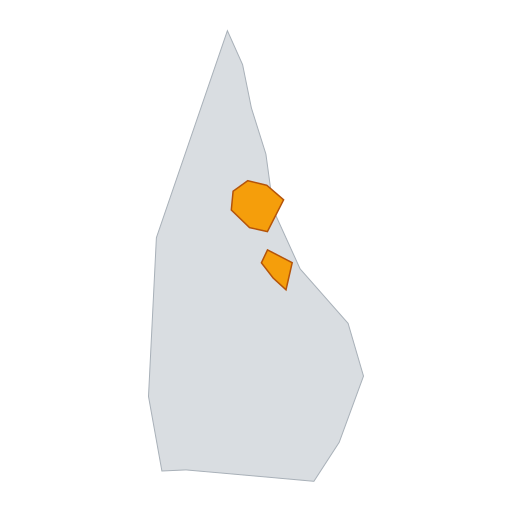 location of Planken within Liechtenstein
{"feature_id": "LIE-4901", "entity_name": "Planken", "entity_type": "state/province", "adm_level": 1, "iso_a3": "LIE", "parent_name": "Liechtenstein", "parent_adm1": "", "projection": "equal_earth", "projection_center": [9.551, 47.174], "detail": "fine", "context": "in_parent", "style": "filled", "palette": "amber", "viewbox_px": 512, "rotation_deg": 0, "n_neighbors": 0, "source": "natural_earth", "source_scale": "10m", "svg_char_len": 541}
<svg xmlns="http://www.w3.org/2000/svg" viewBox="0 0 512 512"><path d="M313.9,481.3L186.0,469.9L161.9,471.0L148.5,396.4L156.4,237.7L227.4,30.7L242.6,64.7L251.4,108.0L265.9,154.1L273.6,210.6L300.1,268.9L348.1,323.4L363.5,376.1L339.2,442.3L313.9,481.3Z" fill="#d9dde1" stroke="#a8b0b8" stroke-width="1"/><path d="M283.6,199.8L267.4,231.6L249.5,227.6L231.3,210.0L233.1,191.2L247.7,180.7L266.8,185.3L283.6,199.8ZM267.5,249.9L292.2,262.7L286.0,289.8L273.2,278.1L261.4,262.8L267.5,249.9Z" fill="#f59e0b" stroke="#b45309" stroke-width="1.5"/></svg>